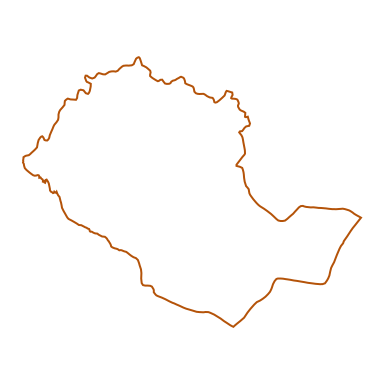 Sithor Kandal, Prey Vêng, Cambodia (Natural Earth projection)
{"feature_id": "14789045B29604176056880", "entity_name": "Sithor Kandal", "entity_type": "district", "adm_level": 2, "iso_a3": "KHM", "parent_name": "Cambodia", "parent_adm1": "Prey Vêng", "projection": "natural_earth1", "projection_center": [105.355, 11.775], "detail": "fine", "context": "isolated", "style": "outline", "palette": "amber", "viewbox_px": 384, "rotation_deg": 0, "n_neighbors": 0, "source": "geoboundaries", "source_scale": "gbopen_adm2", "svg_char_len": 5534}
<svg xmlns="http://www.w3.org/2000/svg" viewBox="0 0 384 384"><path d="M67.1,99.0L65.9,99.9L64.9,100.9L64.7,102.3L64.5,104.9L62.7,107.2L60.2,110.0L59.2,111.8L58.5,114.5L58.5,117.4L58.1,119.8L56.5,122.2L54.4,124.7L53.5,126.4L52.4,129.2L51.4,131.4L49.8,135.2L49.2,137.9L48.2,139.6L47.2,140.5L45.7,140.4L44.5,140.0L43.3,137.4L42.3,136.3L41.3,136.6L40.2,137.6L39.7,138.4L39.2,139.1L38.6,140.0L37.8,142.9L37.0,147.4L35.0,149.6L33.4,151.1L31.4,152.9L30.2,154.1L28.8,155.2L27.7,155.4L26.6,155.6L25.8,155.8L25.0,156.2L23.5,157.2L23.4,158.8L23.1,160.3L23.3,161.2L23.0,162.5L23.8,163.9L24.1,165.8L24.8,168.1L26.5,170.0L29.1,172.2L30.9,173.6L33.1,175.2L34.6,175.7L36.0,175.6L37.7,175.1L38.7,175.3L39.1,175.9L39.3,177.8L40.5,177.4L41.4,178.7L42.5,179.4L42.9,180.2L42.9,181.4L44.3,180.9L44.2,182.3L45.1,182.8L45.6,181.4L45.8,179.9L46.6,179.6L48.0,181.7L48.8,183.5L49.3,185.9L49.9,188.8L50.0,190.3L50.8,191.6L52.3,192.4L53.0,193.1L53.8,192.9L54.3,191.6L55.3,192.4L56.0,192.8L56.6,191.8L57.2,193.4L58.2,195.4L59.5,196.9L59.8,198.1L60.5,201.0L61.0,202.5L61.6,205.4L62.0,207.8L63.8,211.4L64.8,213.1L66.2,215.6L67.3,217.5L68.5,218.9L70.4,219.9L71.4,220.4L74.2,222.0L76.9,223.6L78.9,225.0L81.3,225.2L82.8,226.0L84.0,226.6L84.8,227.1L85.6,227.4L86.7,227.8L87.5,228.5L89.1,229.0L89.6,230.2L89.8,231.1L90.4,231.7L91.2,231.6L92.0,231.8L92.9,232.4L94.5,233.2L95.9,233.5L96.8,233.5L97.5,233.7L98.5,234.6L99.4,235.1L100.8,235.8L102.1,236.5L103.4,236.6L104.9,236.8L105.9,237.6L106.9,238.6L108.0,240.5L108.9,241.4L109.3,242.3L110.0,243.3L110.7,244.7L111.2,246.5L112.4,247.4L114.6,248.3L116.3,248.7L117.6,249.1L119.3,250.3L120.7,250.1L121.7,250.3L124.1,251.3L126.3,251.9L128.5,253.6L129.3,254.3L131.4,255.9L133.5,257.2L135.9,258.1L137.9,260.0L139.1,263.3L139.4,264.4L139.7,265.5L141.0,269.4L141.4,273.1L141.2,278.5L141.7,283.1L143.0,285.1L145.2,285.6L147.7,285.6L150.2,285.8L151.9,286.6L153.6,289.4L153.8,290.3L153.8,292.3L155.5,294.5L156.4,295.4L158.1,296.2L161.8,297.6L165.5,299.3L169.5,301.4L172.5,302.8L174.2,303.4L176.3,304.4L178.2,305.2L180.0,306.0L183.4,307.6L186.2,308.7L189.0,309.5L192.7,310.6L196.6,311.8L199.6,312.1L203.5,312.3L205.5,312.0L208.3,312.1L209.0,312.3L210.5,312.9L214.2,314.6L217.1,316.4L220.7,318.6L224.0,321.1L227.1,323.1L230.4,325.3L232.1,326.2L233.4,326.8L234.7,325.6L236.7,323.9L240.3,321.0L244.1,317.7L247.5,312.6L250.4,308.9L254.2,304.6L256.8,302.1L259.8,300.7L261.4,299.7L262.9,298.7L265.5,296.7L268.0,294.2L270.0,291.8L271.2,289.4L271.9,287.6L273.0,284.2L274.6,281.1L276.4,279.0L277.9,278.5L280.2,278.5L283.1,278.7L285.5,279.1L287.7,279.4L290.3,279.8L293.9,280.5L297.0,280.9L301.1,281.6L304.7,282.2L307.8,282.8L311.8,283.3L315.4,283.8L320.2,284.2L322.6,284.1L325.0,283.3L327.0,280.5L328.2,278.4L329.4,275.5L330.2,271.6L331.1,268.0L332.3,265.5L334.1,262.2L335.7,258.0L336.9,254.9L338.3,251.6L339.5,248.8L341.0,245.9L343.1,243.3L343.8,241.2L344.7,239.9L347.1,236.5L350.7,231.0L352.8,228.0L355.0,225.3L361.0,217.7L359.1,216.6L356.5,215.2L354.2,213.8L352.6,212.5L350.3,211.0L348.9,210.3L346.3,209.5L344.9,209.1L342.8,208.7L340.4,208.9L336.2,209.2L331.9,209.1L328.8,208.8L325.9,208.4L323.6,208.2L321.3,208.0L318.5,207.9L316.1,207.6L313.4,207.3L310.7,207.4L308.0,207.1L306.1,206.9L304.1,206.4L302.9,205.9L300.8,206.1L298.9,207.4L296.8,209.7L295.2,211.4L293.1,213.8L291.4,215.2L289.1,217.2L287.4,218.8L285.0,220.6L282.8,221.0L280.6,221.0L278.3,220.5L276.5,219.1L273.8,216.5L271.1,214.0L267.2,211.0L264.1,208.8L260.1,206.3L258.5,205.0L256.7,203.2L255.3,201.6L253.2,199.1L251.8,197.2L251.2,196.4L250.1,194.8L249.4,193.3L249.0,191.1L248.7,189.2L247.4,187.5L246.1,186.1L244.7,181.7L244.1,177.9L243.8,174.3L243.5,172.2L242.9,169.8L242.2,167.9L239.9,166.8L237.6,166.2L236.5,165.9L236.5,164.7L238.1,162.6L239.8,160.4L242.4,157.0L244.5,154.6L245.0,153.6L244.9,150.5L244.6,148.7L243.9,145.0L243.4,142.4L242.9,139.3L242.4,137.2L241.4,135.2L240.1,133.6L239.2,132.4L239.9,131.4L242.1,131.1L243.1,129.9L244.5,127.9L246.2,126.4L249.2,125.8L250.0,123.5L249.5,122.1L249.2,121.4L248.4,119.1L248.2,118.2L247.8,116.7L246.0,117.2L245.0,116.8L245.2,114.5L245.3,112.8L243.8,111.7L241.0,110.5L239.7,109.6L238.7,107.9L238.1,106.8L238.0,105.5L238.8,103.6L238.6,102.4L238.1,101.2L237.7,100.2L237.1,99.5L236.5,99.2L235.5,98.9L233.6,98.7L232.1,98.7L231.2,98.2L231.3,97.4L232.6,94.9L232.2,92.5L231.5,92.3L229.6,91.7L228.0,91.2L226.6,90.9L225.8,92.1L224.6,95.5L222.1,97.9L219.4,100.3L216.9,102.2L215.4,102.6L214.4,102.2L213.7,99.5L212.6,97.9L209.6,97.4L207.0,96.1L205.3,94.8L203.7,93.9L201.8,93.9L199.4,94.0L197.5,93.8L195.8,93.2L195.1,92.4L194.4,91.7L193.9,88.9L193.4,87.4L192.6,86.5L190.6,85.6L188.7,84.9L186.9,84.2L185.3,83.3L184.9,80.9L184.1,78.7L183.4,77.8L181.2,76.8L180.5,76.9L178.9,77.9L176.6,79.1L175.7,79.8L174.8,80.2L172.8,80.7L171.3,81.7L170.4,83.2L169.1,83.8L166.8,83.9L165.0,83.5L163.5,81.6L162.2,79.7L160.4,79.8L158.7,81.0L157.8,81.2L156.1,80.3L154.0,79.0L152.6,78.1L151.3,77.1L150.1,76.0L150.1,74.7L150.6,72.4L150.2,70.7L148.4,69.1L146.4,67.4L143.8,66.0L142.1,65.3L140.8,61.1L139.8,58.2L138.8,57.2L137.4,57.7L136.1,58.7L134.6,62.0L133.7,64.2L131.8,65.3L128.8,65.6L126.1,65.5L123.4,65.8L121.9,66.7L119.3,69.0L117.7,70.8L115.7,71.6L113.7,71.3L111.4,71.4L109.2,71.9L107.5,73.0L105.2,74.4L103.0,74.3L100.5,73.5L98.8,73.1L97.2,74.1L95.6,76.4L94.6,77.6L92.2,78.5L89.4,77.5L87.0,75.7L85.6,75.7L85.0,77.7L85.8,79.8L86.3,81.1L86.9,81.9L88.2,82.4L90.8,83.8L90.7,86.5L89.8,90.9L89.0,92.8L88.0,93.9L85.8,93.2L83.5,90.3L80.7,89.7L78.8,90.5L77.4,95.0L77.1,98.0L76.0,99.8L73.9,99.6L70.4,99.4L67.8,98.6L67.1,99.0Z" fill="none" stroke="#b45309" stroke-width="2"/></svg>